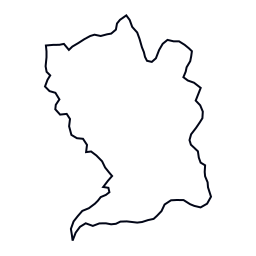 outline of Monte Alegre do Sul, São Paulo, Brazil
{"feature_id": "56859067B34036073366888", "entity_name": "Monte Alegre do Sul", "entity_type": "district", "adm_level": 2, "iso_a3": "BRA", "parent_name": "Brazil", "parent_adm1": "São Paulo", "projection": "orthographic", "projection_center": [-46.671, -22.708], "detail": "fine", "context": "isolated", "style": "outline", "palette": "ink", "viewbox_px": 256, "rotation_deg": 0, "n_neighbors": 0, "source": "geoboundaries", "source_scale": "gbopen_adm2", "svg_char_len": 1573}
<svg xmlns="http://www.w3.org/2000/svg" viewBox="0 0 256 256"><path d="M72.6,240.6L75.7,232.6L80.0,226.8L85.7,223.3L92.8,225.9L99.4,223.4L105.8,223.3L111.1,224.3L115.9,223.8L120.4,221.6L126.8,221.4L137.2,222.6L142.1,222.0L148.0,220.1L153.6,218.9L156.8,216.0L161.5,211.1L164.6,204.5L171.0,200.3L176.7,200.0L183.6,200.1L190.1,204.2L194.3,205.9L200.6,207.4L207.1,203.7L211.0,196.7L208.0,187.3L207.6,182.3L205.1,176.3L204.7,171.9L205.1,165.3L200.6,162.6L198.8,157.6L197.9,151.3L190.9,144.7L189.5,140.1L191.1,134.3L196.1,127.8L199.9,122.2L202.4,118.2L202.8,111.6L200.2,105.3L195.7,100.6L198.5,93.5L200.7,87.9L194.0,82.7L187.8,80.5L183.4,77.2L185.7,71.6L186.6,67.3L190.2,61.2L191.2,56.3L191.9,51.2L188.9,48.3L184.6,44.8L179.0,41.3L173.5,41.3L167.5,39.9L162.7,43.8L159.1,50.0L155.9,58.3L151.8,61.9L147.0,60.8L145.0,56.9L143.9,52.2L141.9,47.2L139.6,39.1L137.2,32.5L132.2,26.9L129.7,20.0L126.3,15.4L120.0,19.8L117.0,23.5L115.9,29.6L111.2,33.6L107.1,34.3L100.7,36.0L94.5,34.7L90.2,36.0L84.3,39.2L78.4,43.0L72.3,46.6L68.9,49.9L63.9,43.9L59.4,44.8L52.9,44.9L45.9,45.5L46.5,51.4L46.5,57.3L45.6,66.3L46.6,71.8L50.2,75.4L47.5,79.8L45.0,86.5L49.5,91.1L55.4,92.8L59.4,99.4L55.8,104.8L55.3,109.3L60.1,114.6L66.7,113.9L70.0,119.0L69.1,126.3L71.4,134.9L76.9,138.2L83.0,138.8L87.0,144.9L86.1,152.1L91.1,151.5L96.4,155.5L102.1,161.3L105.1,167.5L109.2,172.6L112.1,176.0L108.0,180.7L103.2,187.0L108.4,187.8L109.4,192.2L105.9,194.9L100.7,197.1L97.8,200.8L94.9,203.7L88.9,208.2L82.3,210.9L77.7,216.2L73.6,221.4L70.9,228.9L71.9,235.1L72.6,240.6Z" fill="none" stroke="#020617" stroke-width="2"/></svg>